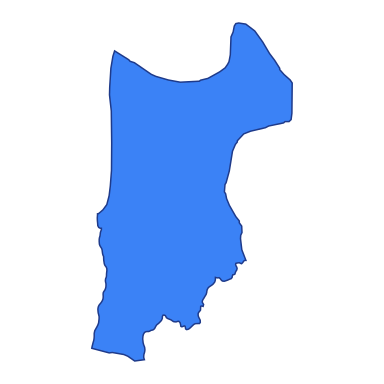 outline of Pochuta, Chimaltenango, Guatemala
{"feature_id": "79465075B89019096689616", "entity_name": "Pochuta", "entity_type": "district", "adm_level": 2, "iso_a3": "GTM", "parent_name": "Guatemala", "parent_adm1": "Chimaltenango", "projection": "equal_earth", "projection_center": [-91.081, 14.532], "detail": "fine", "context": "isolated", "style": "filled", "palette": "blue", "viewbox_px": 384, "rotation_deg": 0, "n_neighbors": 0, "source": "geoboundaries", "source_scale": "gbopen_adm2", "svg_char_len": 3816}
<svg xmlns="http://www.w3.org/2000/svg" viewBox="0 0 384 384"><path d="M292.2,83.0L290.1,79.9L284.0,74.5L279.7,69.6L279.7,68.3L274.7,60.4L269.5,53.5L262.7,42.0L254.8,31.0L245.8,24.1L238.7,23.0L235.8,23.6L234.3,26.0L233.1,32.1L231.0,36.9L230.3,54.9L229.0,61.7L227.5,64.5L225.1,67.9L219.6,71.9L207.9,78.4L200.5,80.2L199.4,81.2L180.3,82.2L168.4,80.0L155.9,76.4L151.2,74.3L134.4,62.7L130.1,61.3L128.8,59.8L114.6,50.9L112.9,56.3L110.9,68.2L109.7,87.4L109.5,94.9L111.3,111.0L111.7,143.1L111.5,170.4L110.3,186.1L109.1,195.8L106.8,204.6L102.9,209.9L98.6,213.6L97.5,213.8L97.5,215.0L97.3,217.5L97.3,218.8L97.4,220.9L97.6,223.0L97.7,224.2L97.8,225.7L98.7,227.4L99.5,227.9L100.6,228.4L101.4,228.3L101.4,229.7L100.8,231.2L100.4,232.5L100.2,234.3L100.0,235.9L99.4,237.9L99.2,239.4L99.2,241.7L99.3,242.8L99.4,244.2L99.9,245.6L100.5,246.7L101.5,248.2L102.0,249.5L102.2,250.7L102.4,252.4L102.6,253.8L103.0,255.2L103.6,256.5L103.7,259.6L103.8,260.7L104.0,261.8L104.2,263.3L104.5,264.4L105.0,265.5L106.1,266.9L106.8,268.5L106.9,270.7L106.7,272.0L106.5,274.1L106.5,275.5L106.3,277.1L105.6,278.8L105.4,280.3L105.5,281.8L105.9,283.3L106.0,284.9L105.9,286.9L105.6,288.2L105.0,289.8L104.2,291.0L103.6,291.9L103.2,292.9L103.1,294.4L103.2,296.1L103.2,297.2L103.0,298.9L102.4,300.5L101.6,301.9L100.9,302.9L99.8,304.2L99.1,305.1L98.4,306.5L98.0,308.1L97.9,309.4L98.0,311.1L98.2,312.9L98.6,314.4L99.1,316.5L99.1,318.2L99.0,319.5L98.8,321.3L98.6,322.9L98.0,324.6L97.6,325.5L96.9,326.9L96.1,328.3L95.5,329.4L94.8,330.6L94.4,332.4L94.2,333.5L94.2,334.6L94.2,336.4L94.1,338.1L93.9,339.6L93.7,340.6L93.1,342.6L92.6,344.6L92.3,345.7L92.0,347.0L91.8,348.3L109.2,352.9L112.3,352.5L123.8,354.5L127.8,356.2L134.7,361.0L144.4,359.7L143.8,357.9L143.7,356.4L143.9,354.4L144.5,352.5L144.8,351.0L144.9,349.7L144.7,347.7L144.4,346.6L143.8,345.2L143.4,343.8L143.1,342.6L142.9,340.6L142.7,339.1L142.8,337.8L142.9,336.5L143.3,334.7L143.7,333.8L144.5,332.5L145.8,331.7L147.5,331.5L148.8,331.5L149.8,331.1L150.9,330.4L152.0,330.2L153.4,329.7L154.6,328.6L155.3,327.2L156.3,325.4L157.0,324.6L158.6,323.4L160.0,322.0L160.6,321.4L161.5,320.3L162.3,318.5L162.4,316.4L163.1,315.1L164.6,315.2L165.4,315.7L166.0,316.8L166.4,317.7L167.8,318.6L169.3,319.2L170.1,319.5L171.4,320.1L172.4,320.9L173.5,321.6L174.6,321.8L176.1,321.9L177.6,321.4L178.8,321.3L180.0,322.5L180.3,323.5L180.6,324.7L180.9,326.4L181.9,326.8L183.1,326.4L184.2,325.9L185.1,326.3L185.4,327.5L185.6,328.9L186.6,329.6L188.1,329.3L189.2,328.7L190.5,327.6L191.6,326.5L192.8,325.4L193.6,324.6L194.7,323.9L195.9,323.6L197.0,323.6L198.1,323.5L199.5,323.5L200.3,322.4L200.2,320.2L199.2,318.2L198.6,317.0L198.2,315.7L198.1,313.8L198.6,312.4L199.4,311.6L200.5,310.1L200.6,308.0L200.7,306.3L201.8,306.0L203.1,306.4L203.6,304.5L203.0,303.5L202.3,302.3L202.3,301.2L202.9,299.6L203.7,298.5L204.3,297.4L204.8,296.6L205.5,295.4L206.1,294.5L206.7,292.5L206.8,291.4L207.2,289.6L208.2,287.8L209.3,286.8L210.5,286.0L211.9,285.1L213.3,283.9L214.2,282.7L214.8,281.9L215.3,280.1L215.4,278.9L215.4,277.4L216.5,277.7L217.8,277.9L219.1,277.7L220.2,278.6L221.1,279.9L222.3,281.0L223.6,281.2L224.5,281.2L226.3,280.6L227.7,280.1L229.0,279.5L229.9,279.1L231.1,278.7L232.1,277.5L232.3,276.1L232.9,274.7L233.9,274.6L234.9,274.1L235.4,272.3L236.0,271.1L236.7,270.1L237.1,268.5L236.8,267.2L236.2,266.2L235.6,264.7L235.8,263.4L236.8,263.1L238.0,262.9L239.4,262.7L240.3,263.3L241.6,263.7L242.8,262.5L243.7,261.1L244.8,260.4L245.9,260.4L241.8,249.7L240.5,238.7L240.7,235.3L242.0,232.5L241.7,226.1L239.3,222.8L239.3,221.0L235.8,216.6L229.4,205.4L226.6,198.7L225.6,193.7L224.4,191.9L225.0,184.5L226.1,182.7L229.3,171.0L232.5,151.2L235.4,144.4L237.3,142.0L237.3,140.8L243.7,133.9L250.5,131.2L265.4,127.7L268.7,126.0L283.6,122.9L285.0,121.6L289.0,121.6L291.1,119.6L291.9,113.3L292.2,83.0Z" fill="#3b82f6" stroke="#1e3a8a" stroke-width="1.5"/></svg>